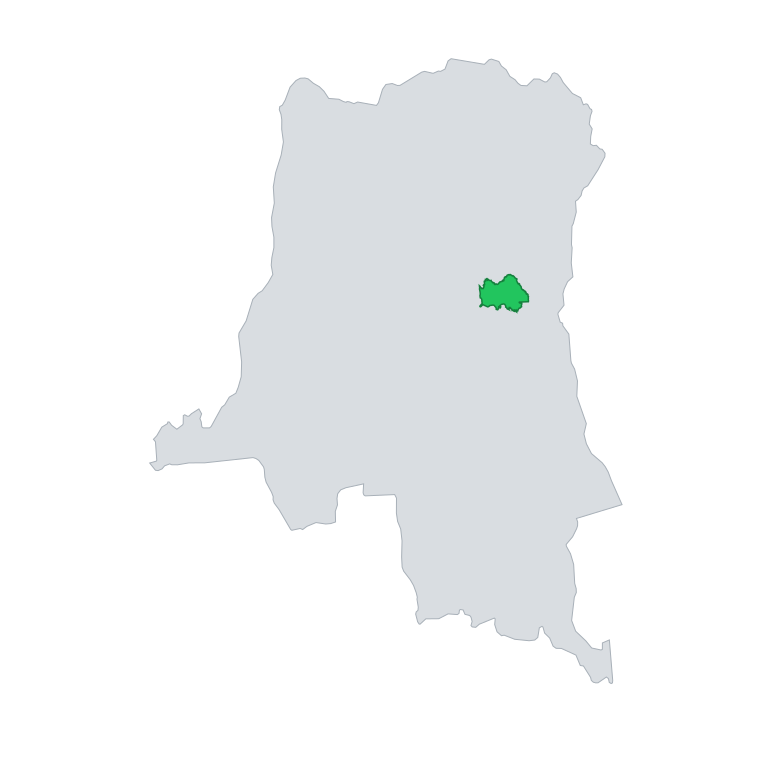 Punia, Maniema, Democratic Republic of the Congo (highlighted), rotated 355°
{"feature_id": "63176286B1925057871065", "entity_name": "Punia", "entity_type": "district", "adm_level": 2, "iso_a3": "COD", "parent_name": "Democratic Republic of the Congo", "parent_adm1": "Maniema", "projection": "equal_earth", "projection_center": [26.813, -1.707], "detail": "fine", "context": "in_parent", "style": "filled", "palette": "green", "viewbox_px": 768, "rotation_deg": 355, "n_neighbors": 0, "source": "geoboundaries", "source_scale": "gbopen_adm2", "svg_char_len": 8967}
<svg xmlns="http://www.w3.org/2000/svg" viewBox="0 0 768 768"><g transform="rotate(355 384 384)"><path d="M610.6,524.9L564.0,534.7L564.9,538.3L564.5,542.0L563.3,544.9L558.6,552.6L551.5,559.7L551.5,561.4L555.0,569.4L557.2,580.2L556.6,599.3L557.6,604.5L557.4,608.5L555.0,613.0L550.3,635.9L553.4,647.0L562.6,657.4L567.9,665.1L577.0,667.9L578.4,667.4L579.0,661.0L586.2,658.6L586.0,699.4L585.5,701.7L584.2,702.2L582.4,700.9L581.9,697.0L580.0,695.3L571.2,700.3L569.0,700.2L566.5,699.3L564.7,697.3L564.2,694.2L558.1,682.3L555.0,681.5L551.6,670.8L537.7,662.9L532.4,662.3L529.6,659.9L526.9,651.5L522.3,646.1L521.2,640.1L520.3,639.2L517.5,640.4L515.1,649.9L511.9,652.2L506.2,652.4L492.0,649.7L481.8,644.7L479.1,645.0L475.0,640.7L473.3,633.3L474.3,627.7L473.5,626.8L458.0,631.6L454.2,634.4L450.7,633.7L449.6,632.2L451.1,628.3L450.4,624.0L449.2,622.1L444.6,620.5L443.1,616.0L440.3,615.3L439.4,616.0L438.7,619.1L437.0,620.1L427.8,618.6L418.1,622.6L405.2,621.6L399.0,626.4L398.1,626.2L396.8,623.8L395.5,616.0L396.2,613.9L398.1,612.4L398.7,609.3L398.1,601.2L398.6,599.3L397.9,594.7L395.9,587.3L393.1,581.3L387.3,572.2L386.1,568.0L386.5,557.8L388.3,541.8L388.0,529.9L385.6,522.1L385.1,513.7L386.5,498.7L385.0,495.1L355.5,493.8L354.2,492.7L353.7,490.6L355.0,481.7L337.0,484.0L331.6,485.7L328.3,489.3L327.2,493.9L327.1,500.4L324.4,506.6L323.7,517.2L318.8,518.4L313.8,518.4L304.2,516.1L294.8,519.1L290.3,521.9L287.9,520.6L279.5,521.7L278.4,520.9L268.6,500.1L264.3,493.1L263.4,489.7L263.8,486.5L262.6,482.2L258.0,471.5L257.2,466.5L257.3,458.7L256.8,456.1L252.7,449.3L250.0,447.1L247.1,445.9L198.8,446.9L182.8,445.6L171.2,446.5L165.3,445.9L163.6,444.9L158.3,446.4L155.5,449.2L151.4,450.6L148.8,450.0L143.7,442.3L150.5,441.0L151.0,440.2L151.3,421.6L149.5,419.0L153.1,415.8L158.9,407.6L164.7,404.7L165.4,403.0L166.7,403.1L168.8,406.6L173.7,411.0L179.9,407.1L180.5,406.0L181.3,398.0L182.8,397.3L185.4,399.0L186.9,399.0L189.6,396.8L197.4,392.7L199.7,397.8L197.6,402.5L198.6,405.7L198.8,410.8L200.1,412.0L206.4,412.5L208.1,411.3L220.3,393.0L223.5,390.9L228.7,383.6L235.6,380.3L238.5,374.6L242.4,364.3L244.1,349.6L243.4,324.0L244.0,320.6L252.2,309.1L260.7,288.2L266.5,282.7L270.8,280.5L277.5,272.9L282.8,265.2L282.0,255.9L283.3,248.3L286.2,238.5L287.1,228.2L286.1,217.3L286.5,208.4L290.5,194.2L290.9,178.0L294.4,164.3L301.5,147.0L304.9,134.1L304.3,121.3L305.2,111.9L304.9,106.4L303.6,101.6L304.3,98.6L307.0,97.4L310.3,92.6L316.3,80.1L322.8,74.0L327.3,72.1L331.9,72.3L335.0,73.4L339.9,78.3L345.5,82.2L349.7,87.1L353.8,94.7L363.9,96.4L368.2,99.1L370.8,100.1L371.8,99.4L373.8,99.8L378.5,102.1L382.3,100.8L400.8,105.8L403.0,103.3L408.2,90.3L412.0,85.8L418.4,85.4L423.4,87.8L426.0,87.9L448.8,76.6L451.7,76.1L460.0,78.8L465.4,77.0L467.6,77.5L472.2,75.6L476.0,67.7L479.2,65.8L511.9,74.3L516.9,70.2L519.3,69.7L526.5,72.7L528.7,77.5L533.1,81.6L536.2,88.5L541.1,92.3L543.6,96.0L546.4,98.5L552.4,99.4L559.9,93.2L565.3,93.8L570.6,97.2L572.5,97.1L576.5,93.5L578.7,89.6L580.7,88.8L583.9,90.4L586.5,94.0L588.8,99.3L597.0,111.0L604.9,116.0L606.9,123.2L609.7,122.5L611.2,123.2L613.2,127.7L614.7,128.6L615.0,130.5L613.0,134.8L611.1,143.0L613.6,148.0L611.5,155.4L610.5,162.9L613.1,164.8L616.4,164.7L619.5,168.6L621.8,169.2L624.3,173.4L623.8,176.9L615.9,189.2L604.2,204.3L600.3,206.1L598.2,208.9L596.8,213.3L593.3,217.1L590.7,218.6L590.5,229.5L586.5,240.8L585.0,243.1L582.9,261.5L583.3,264.7L581.1,279.7L581.5,293.7L575.8,298.1L571.8,305.0L570.1,309.8L570.2,321.2L563.7,328.2L563.3,329.7L564.9,337.7L567.2,339.0L567.3,341.7L572.5,350.4L572.2,376.9L572.5,379.5L575.2,385.8L577.0,397.8L575.0,413.1L582.1,441.1L578.8,451.3L580.4,461.2L584.6,471.4L594.5,481.5L597.2,485.7L599.7,491.3L602.1,500.0L610.6,524.9Z" fill="#d9dde1" stroke="#a8b0b8" stroke-width="1"/><path d="M513.0,320.0L513.1,319.9L513.2,320.0L513.3,319.9L513.7,319.8L514.0,320.0L514.2,319.9L514.2,320.0L514.3,320.3L514.5,320.5L514.8,320.7L514.7,320.5L514.6,320.4L514.8,320.1L514.7,319.8L514.8,319.7L515.0,319.7L515.0,319.4L515.3,319.2L515.4,318.9L515.5,319.0L515.6,319.4L515.6,319.6L515.8,319.8L516.0,319.7L515.8,319.3L515.7,318.9L515.8,318.8L516.1,319.0L516.3,319.6L516.5,319.6L516.5,319.3L516.6,319.2L516.7,319.5L516.9,319.6L516.9,320.0L517.0,320.1L517.3,320.2L517.3,320.4L517.5,320.5L517.8,320.6L517.9,321.0L517.9,321.4L518.0,321.7L518.3,321.4L518.6,321.5L518.9,321.5L519.0,321.6L519.3,321.7L519.3,321.8L519.2,322.2L519.3,322.5L519.5,322.6L519.5,322.3L519.5,322.1L519.9,321.8L520.0,321.8L520.2,322.0L520.1,322.4L520.2,322.5L520.2,322.2L520.3,322.1L520.6,322.2L520.7,321.9L520.8,322.0L520.7,322.6L520.8,322.8L520.9,322.7L520.9,322.3L521.0,322.1L521.3,322.0L521.1,322.3L521.1,322.5L521.3,322.5L521.4,322.2L521.5,322.2L521.5,322.7L521.6,322.8L521.6,322.6L522.1,322.7L522.2,323.0L522.1,323.5L522.4,323.8L522.4,323.7L522.5,323.6L522.5,323.2L522.7,322.7L522.8,322.4L523.0,322.3L523.1,322.5L523.4,322.7L523.6,322.8L523.8,322.3L524.4,321.2L525.3,320.2L525.7,320.1L526.1,320.2L526.7,319.8L527.1,319.4L527.8,319.0L527.8,318.6L527.6,318.2L527.8,317.4L528.2,316.5L528.3,315.9L528.3,315.7L527.9,315.5L527.4,315.5L526.3,315.1L525.9,314.8L525.8,314.5L526.0,314.2L535.0,314.6L535.2,313.8L535.1,312.5L535.1,312.1L535.3,311.3L535.3,310.2L535.4,309.9L535.3,309.6L535.5,309.3L535.4,309.2L535.1,308.8L535.1,308.7L535.2,307.5L535.2,307.4L535.0,307.1L534.7,306.8L534.6,306.7L534.4,306.7L534.0,306.9L533.9,306.8L533.7,306.8L533.6,306.5L533.5,306.1L533.4,305.9L533.5,305.3L533.5,305.2L533.4,305.1L533.2,304.6L532.9,304.6L533.0,304.4L532.9,304.0L532.7,303.9L532.1,303.8L532.0,303.7L531.9,303.4L531.7,303.3L531.5,302.9L531.2,302.9L531.0,302.4L530.9,302.4L530.8,302.5L530.7,302.5L530.5,302.2L530.2,302.2L530.0,301.9L529.7,301.7L529.6,301.2L529.4,301.0L529.2,300.6L529.2,300.4L529.2,300.1L529.0,298.8L528.3,297.8L527.9,297.4L527.8,297.0L527.8,296.4L527.7,296.1L527.2,295.7L526.8,296.1L526.6,296.1L526.3,295.8L525.1,292.8L525.1,292.4L525.2,292.1L525.6,291.0L525.5,290.9L525.4,290.9L525.1,290.6L524.8,290.7L524.6,290.6L524.2,290.0L523.8,289.8L523.6,289.5L523.5,289.1L523.1,288.7L523.0,288.4L522.4,287.7L522.1,287.5L521.9,287.7L521.7,287.7L521.2,287.2L520.4,287.0L520.2,286.8L520.0,286.4L519.9,286.2L519.7,286.1L519.0,286.0L518.9,285.8L518.7,285.4L518.7,285.6L518.6,285.9L518.5,286.1L518.3,286.3L518.2,286.3L517.9,286.0L517.5,285.9L517.1,286.0L516.7,286.3L516.1,286.4L516.0,286.5L515.9,286.7L515.7,287.4L515.3,287.9L515.1,287.8L514.8,287.8L514.8,287.7L514.4,287.9L514.2,287.8L514.0,288.1L513.4,288.2L513.3,288.3L513.4,288.6L513.1,289.1L513.1,289.5L512.7,289.9L512.5,290.2L512.5,290.8L512.4,291.5L512.2,291.7L511.5,291.4L511.2,291.1L511.0,291.3L510.9,291.9L510.8,292.1L509.8,292.1L509.5,292.3L508.5,292.4L508.2,292.5L508.0,293.0L507.7,293.0L507.2,293.6L506.9,293.8L506.7,294.1L506.3,294.5L505.9,294.5L505.7,294.7L505.2,294.6L504.9,294.5L504.6,294.2L504.4,294.0L504.2,294.0L504.0,294.3L503.3,294.6L503.1,294.3L502.7,294.1L502.5,293.8L502.5,293.7L502.7,293.4L502.7,293.2L502.6,292.9L502.1,292.8L501.9,292.6L501.7,292.4L501.3,292.4L501.1,292.5L500.7,291.8L500.5,291.6L500.1,291.3L499.8,290.7L499.7,290.1L499.0,290.2L498.7,290.2L498.3,290.1L498.1,290.0L497.7,289.6L496.9,288.8L496.8,288.7L496.6,288.7L496.5,288.9L496.5,289.3L496.4,289.7L496.3,289.8L496.1,289.8L496.0,289.6L495.9,289.1L496.0,288.8L495.9,288.0L495.8,287.9L495.7,287.9L495.5,288.0L495.0,288.8L494.8,288.9L494.7,288.9L494.3,288.6L494.1,288.6L494.1,288.8L494.4,289.7L494.3,290.1L494.2,290.1L494.1,290.3L493.8,290.3L493.5,290.1L493.2,290.1L492.9,290.3L492.8,290.8L492.8,291.1L492.9,291.6L492.8,292.3L492.9,293.6L492.8,293.9L492.7,294.0L492.4,294.1L491.9,293.9L491.7,294.1L491.5,294.4L491.5,294.5L491.8,294.9L492.0,295.1L492.1,295.6L492.0,296.1L491.8,296.3L491.6,296.4L491.5,296.5L491.5,297.0L491.1,297.6L490.6,297.6L490.0,297.3L489.4,297.4L489.3,297.2L489.3,296.8L489.1,296.5L488.6,296.2L488.4,296.0L488.3,295.2L488.0,295.0L487.6,294.5L487.6,295.4L487.7,296.3L487.6,296.8L487.5,297.3L487.4,297.7L487.7,300.2L487.8,302.3L487.6,302.8L487.7,303.3L487.3,304.3L487.3,304.6L487.4,306.6L488.1,306.9L488.2,307.0L488.3,307.3L488.5,307.6L488.7,308.0L488.8,309.1L488.7,309.9L488.8,311.6L488.8,312.3L488.3,312.9L488.0,313.0L487.4,313.7L486.9,314.1L486.7,314.6L486.3,314.8L486.3,315.1L486.5,315.4L486.8,315.5L487.2,315.4L488.2,314.6L488.3,314.4L488.8,314.1L489.3,313.6L490.0,313.8L490.3,314.1L490.8,314.5L491.3,314.6L493.1,315.7L494.1,316.2L494.3,316.2L495.4,315.8L496.0,315.1L498.8,314.9L499.3,314.9L499.6,315.0L500.1,315.0L500.7,315.4L501.7,317.0L501.9,317.1L502.2,317.7L502.4,318.4L502.3,319.0L502.3,319.5L502.5,319.6L502.8,319.5L503.2,319.6L503.3,319.7L503.4,319.8L503.6,319.9L503.7,319.5L503.7,319.4L504.1,319.5L504.3,319.3L504.5,319.2L504.9,318.6L504.8,318.1L504.9,317.8L505.0,317.3L505.0,317.1L505.5,317.3L505.8,317.4L506.1,318.0L506.3,318.0L506.5,318.2L506.9,317.6L507.0,317.1L506.7,316.7L506.1,316.3L506.3,316.0L507.5,315.3L508.0,314.9L510.2,314.7L511.2,315.1L511.4,315.5L512.0,316.8L511.9,318.0L512.4,318.3L512.6,318.4L512.9,319.0L513.1,319.2L513.2,319.5L513.0,320.0Z" fill="#22c55e" stroke="#15803d" stroke-width="1.5"/></g></svg>